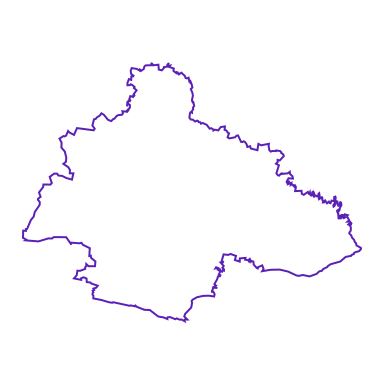 Cacadu, Eastern Cape, South Africa (Equal Earth projection)
{"feature_id": "47623444B84929106525656", "entity_name": "Cacadu", "entity_type": "district", "adm_level": 2, "iso_a3": "ZAF", "parent_name": "South Africa", "parent_adm1": "Eastern Cape", "projection": "equal_earth", "projection_center": [25.475, -32.951], "detail": "fine", "context": "isolated", "style": "outline", "palette": "violet", "viewbox_px": 384, "rotation_deg": 0, "n_neighbors": 0, "source": "geoboundaries", "source_scale": "gbopen_adm2", "svg_char_len": 5966}
<svg xmlns="http://www.w3.org/2000/svg" viewBox="0 0 384 384"><path d="M268.9,143.8L261.2,145.3L258.4,143.9L257.4,150.2L250.8,148.5L250.1,146.2L247.4,147.0L246.6,144.2L244.8,141.8L243.5,141.3L242.5,142.0L241.1,141.9L238.0,135.4L236.4,135.8L235.0,137.3L229.2,138.4L227.6,137.3L229.0,133.4L228.3,133.3L226.4,130.5L224.6,129.9L224.9,126.4L220.7,127.1L218.3,130.4L214.8,129.7L213.4,130.5L213.3,129.5L211.2,128.2L209.7,128.7L206.7,124.8L202.8,123.0L201.0,123.7L200.3,122.3L198.6,122.1L198.2,121.1L197.0,120.6L195.2,121.5L192.9,119.7L190.8,119.5L189.4,117.7L189.8,114.3L190.2,112.6L190.9,112.1L192.0,112.7L191.9,111.1L193.2,109.3L193.0,107.5L194.2,105.9L193.3,102.1L192.7,102.3L191.9,100.4L192.9,95.6L192.4,92.8L190.8,89.1L192.4,87.5L191.5,83.7L190.5,83.0L190.9,82.5L190.3,80.9L189.3,81.4L188.6,77.7L186.9,78.4L185.5,77.9L185.0,76.1L181.4,72.7L178.3,74.9L179.0,73.5L177.6,73.4L177.6,72.4L176.6,72.1L176.1,73.0L173.4,70.8L173.8,68.5L169.0,66.9L170.0,65.6L168.5,65.9L167.8,65.2L168.9,63.0L167.4,64.6L167.0,66.7L163.9,67.1L164.0,67.9L161.9,70.3L158.8,69.6L158.4,64.7L153.4,65.3L151.2,62.8L152.0,65.2L145.6,65.4L144.4,66.5L143.7,69.1L141.3,70.7L140.1,69.7L140.0,70.8L136.7,68.9L131.7,68.1L130.7,70.9L131.2,74.1L133.5,75.7L133.2,76.3L131.3,76.6L131.2,79.9L128.9,79.1L127.4,83.2L127.5,85.3L130.0,85.1L130.7,84.3L132.0,84.8L134.6,87.0L133.9,88.0L136.6,90.3L133.5,94.5L134.4,95.4L134.0,96.1L132.9,96.2L132.9,96.9L130.3,96.1L129.3,99.1L130.3,100.2L129.8,101.1L128.9,100.6L128.1,101.2L128.1,102.1L127.4,102.1L127.0,106.3L127.9,103.6L129.9,105.0L129.9,107.6L127.4,110.2L128.2,110.4L127.2,111.8L122.4,111.2L122.9,113.6L121.8,114.8L118.3,115.1L116.5,116.1L114.5,118.7L113.4,118.9L111.2,121.1L108.0,119.8L103.9,114.8L101.4,113.3L99.9,115.5L96.9,117.4L95.7,118.9L94.0,119.3L92.4,125.5L94.7,128.7L93.7,130.3L77.0,128.1L74.0,134.9L69.3,132.4L68.1,131.0L66.1,135.6L64.6,136.4L63.4,136.1L59.5,138.6L61.6,142.7L61.4,147.6L64.8,151.5L66.3,157.7L65.9,161.8L63.4,163.9L68.3,167.2L69.9,169.8L69.8,173.3L73.4,173.3L72.0,179.6L66.3,178.0L62.1,175.9L58.3,175.5L57.2,173.7L54.2,173.6L49.7,176.9L51.8,183.0L50.4,184.6L43.4,184.5L43.1,187.1L39.0,192.4L40.6,196.8L38.0,198.8L37.9,199.7L39.8,202.1L39.6,205.0L34.8,212.0L33.7,216.6L30.9,220.0L27.1,228.9L25.9,229.1L25.9,230.9L23.2,230.6L23.0,237.8L26.8,240.0L26.0,240.4L38.4,241.4L48.4,238.4L52.0,238.5L53.7,237.1L66.2,237.2L71.4,244.7L70.6,242.6L79.3,243.3L81.5,242.8L82.9,244.8L89.8,248.2L89.3,256.0L90.8,255.7L91.1,257.9L95.4,261.4L95.0,266.2L88.6,266.2L86.3,264.0L86.2,266.2L85.2,267.2L85.2,268.9L80.1,270.8L77.4,270.7L76.7,275.3L74.0,278.4L81.2,279.9L81.1,278.3L83.5,277.3L86.5,278.5L86.8,282.1L90.4,282.5L91.3,283.5L97.7,285.7L96.2,287.7L93.4,288.6L94.2,290.0L92.7,290.6L93.3,292.4L92.7,292.8L92.5,294.6L93.4,295.7L93.3,298.4L101.5,300.0L108.8,302.2L112.3,302.8L113.1,302.2L129.7,305.8L130.5,305.4L135.1,306.3L135.4,305.6L137.0,306.9L144.3,309.8L149.8,310.0L158.2,316.5L163.4,317.4L167.2,318.9L167.0,318.2L167.7,317.3L170.1,317.1L175.3,319.2L176.7,318.4L179.5,319.6L181.4,319.5L184.7,321.2L184.4,320.3L184.9,319.5L187.3,319.5L184.3,316.5L185.1,313.9L191.2,307.6L192.1,302.9L191.6,301.1L192.6,299.7L197.1,297.2L203.1,295.9L208.9,295.7L214.1,296.5L214.6,294.5L214.3,293.3L213.1,291.5L212.1,291.9L211.9,291.1L213.4,287.7L217.3,288.0L213.8,286.9L216.0,285.6L214.4,284.1L217.1,279.4L218.0,276.4L220.0,276.2L220.4,275.3L218.9,274.4L220.2,271.6L216.5,268.0L215.5,268.3L216.1,267.3L218.0,267.9L217.5,268.7L220.1,269.4L220.2,270.2L219.4,270.4L222.1,271.7L222.9,270.0L223.9,270.6L224.0,269.3L222.4,267.8L223.7,266.0L220.7,262.6L222.8,262.5L223.1,261.7L221.7,261.0L223.6,254.4L228.1,254.9L230.6,254.0L236.0,255.9L234.9,260.0L239.7,261.6L239.8,258.4L245.5,257.9L245.1,259.7L248.3,260.2L249.2,261.7L249.5,261.3L249.4,260.7L248.8,260.6L249.1,259.4L249.8,258.9L250.9,261.6L251.3,260.9L253.4,261.6L253.7,264.6L256.9,268.2L257.8,268.4L257.8,267.3L262.2,265.4L263.6,268.9L262.2,271.2L270.4,269.8L279.8,269.6L288.2,271.6L296.3,275.4L298.6,275.9L302.9,275.0L309.6,276.4L316.6,273.9L319.3,271.3L321.7,270.9L323.4,268.9L327.2,267.1L327.8,266.1L330.7,264.2L340.3,261.5L345.7,256.9L351.2,255.8L351.7,254.9L353.8,254.1L353.8,253.3L355.0,252.3L359.2,251.1L361.0,249.0L360.9,247.9L356.5,245.4L355.9,242.9L354.9,242.2L354.0,239.7L352.2,237.9L351.1,235.2L349.3,233.5L349.4,232.5L350.7,230.7L350.9,227.7L349.9,225.3L348.3,224.5L349.3,223.5L351.0,224.4L351.4,223.3L349.7,221.4L347.6,221.6L349.1,220.1L347.4,217.1L347.1,215.8L347.7,215.2L344.9,214.4L344.7,217.1L345.2,217.4L343.7,218.2L342.8,217.4L343.0,216.1L342.3,215.5L342.8,215.0L341.7,214.9L341.3,215.1L341.5,216.9L341.0,217.3L340.9,218.3L338.6,218.4L338.4,217.4L339.6,217.2L340.4,216.1L338.3,215.4L338.3,213.4L337.9,213.4L337.0,210.8L338.1,209.9L338.7,211.0L339.5,210.4L339.9,207.8L341.4,205.3L341.2,203.3L340.6,202.2L339.8,202.6L339.6,205.3L338.4,205.8L337.6,204.4L337.4,201.5L336.4,201.2L334.5,205.9L333.6,206.6L333.3,205.4L335.1,202.3L335.7,197.6L335.3,196.6L334.2,197.0L334.2,200.2L333.8,201.1L331.6,200.6L330.5,203.2L329.6,202.9L328.9,201.6L327.0,203.3L325.2,200.5L324.1,202.4L322.9,202.5L323.2,200.8L322.2,199.8L322.4,198.0L321.9,197.2L319.0,199.2L318.8,198.5L319.7,196.5L319.2,193.2L318.5,193.8L318.0,196.4L317.3,196.6L315.6,195.4L314.0,196.7L313.6,196.1L314.2,193.6L313.3,191.6L312.2,192.3L312.0,195.1L311.2,195.6L310.2,194.7L309.9,192.5L309.4,193.7L308.8,193.8L307.9,191.9L303.8,194.8L301.8,193.8L301.5,190.8L295.1,191.1L295.9,187.2L295.1,185.3L294.2,185.2L294.0,186.3L292.1,184.3L290.8,185.0L291.3,182.9L290.1,183.5L289.3,182.2L288.8,183.8L288.0,184.1L288.3,183.0L287.8,181.6L287.5,182.7L286.9,182.7L286.7,181.6L288.5,178.3L292.9,178.6L292.5,176.3L290.0,173.9L289.8,171.8L287.8,173.3L282.3,173.9L282.4,173.5L281.3,173.4L279.0,175.7L277.7,175.1L276.4,173.3L278.9,165.3L276.0,163.7L277.6,162.1L277.6,159.9L279.7,160.5L283.8,156.1L283.3,154.5L281.2,152.9L281.3,152.3L280.2,151.1L276.2,150.4L276.0,151.1L272.2,151.0L270.8,151.6L269.3,150.2L268.6,145.7L268.9,143.8Z" fill="none" stroke="#5b21b6" stroke-width="2"/></svg>